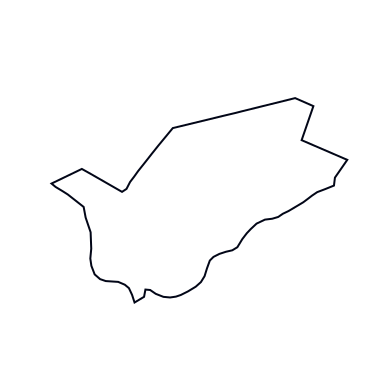 the district of Dois Riachos, Alagoas, Brazil, rotated 200°
{"feature_id": "56859067B36293901492377", "entity_name": "Dois Riachos", "entity_type": "district", "adm_level": 2, "iso_a3": "BRA", "parent_name": "Brazil", "parent_adm1": "Alagoas", "projection": "mercator", "projection_center": [-37.069, -9.384], "detail": "fine", "context": "isolated", "style": "outline", "palette": "ink", "viewbox_px": 384, "rotation_deg": 200, "n_neighbors": 0, "source": "geoboundaries", "source_scale": "gbopen_adm2", "svg_char_len": 1011}
<svg xmlns="http://www.w3.org/2000/svg" viewBox="0 0 384 384"><g transform="rotate(200 192 192)"><path d="M201.2,77.1L202.4,84.4L197.8,85.6L191.2,83.9L183.0,83.7L176.5,85.4L171.3,88.2L167.3,91.4L161.8,97.2L156.1,104.3L152.8,110.4L151.4,117.2L151.8,125.3L151.8,133.7L149.6,138.4L145.1,143.2L139.6,147.5L134.2,151.0L130.5,155.6L128.6,165.0L126.4,172.0L124.2,177.1L120.5,184.4L114.0,191.0L107.5,194.3L102.5,198.0L99.2,202.6L94.8,207.1L84.0,220.3L80.6,225.5L78.0,229.6L74.3,234.7L67.8,240.3L60.8,246.6L62.6,254.4L59.4,266.5L57.1,275.3L106.7,278.2L107.3,314.2L127.2,315.5L173.0,284.7L178.1,281.2L188.9,274.1L231.9,245.5L239.5,224.1L243.0,213.7L245.9,204.8L249.8,193.2L251.6,186.7L253.6,180.3L254.6,172.5L257.8,168.2L293.0,174.3L303.4,176.0L326.9,151.9L321.9,150.1L313.8,148.5L307.9,147.2L288.7,140.9L283.2,131.6L273.5,119.5L267.3,104.3L264.8,94.7L261.3,88.2L255.3,81.3L248.6,78.7L242.6,78.8L230.6,82.3L223.4,81.9L218.4,80.1L213.1,74.8L208.2,68.5L201.2,77.1Z" fill="none" stroke="#020617" stroke-width="2"/></g></svg>